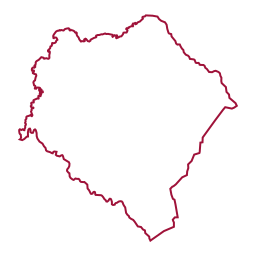 outline of Ramón Trigo, Cerro Largo, Uruguay
{"feature_id": "84410073B37357941018969", "entity_name": "Ramón Trigo", "entity_type": "district", "adm_level": 2, "iso_a3": "URY", "parent_name": "Uruguay", "parent_adm1": "Cerro Largo", "projection": "orthographic", "projection_center": [-54.703, -32.291], "detail": "fine", "context": "isolated", "style": "outline", "palette": "rose", "viewbox_px": 256, "rotation_deg": 0, "n_neighbors": 0, "source": "geoboundaries", "source_scale": "gbopen_adm2", "svg_char_len": 5524}
<svg xmlns="http://www.w3.org/2000/svg" viewBox="0 0 256 256"><path d="M150.4,240.6L163.9,231.1L173.9,226.8L173.9,222.4L173.2,221.0L172.8,219.7L174.8,217.4L177.7,217.3L175.5,204.5L174.5,199.7L172.9,198.8L171.4,194.7L170.3,188.8L172.3,186.7L173.5,186.2L175.8,184.4L182.2,177.3L186.9,175.1L187.2,171.4L188.3,168.1L188.1,164.4L191.6,161.0L194.2,154.6L199.4,153.0L199.7,152.0L200.4,142.6L202.5,142.3L202.7,137.5L215.3,120.1L223.1,109.7L225.2,107.2L231.9,108.6L234.2,107.6L236.8,105.8L235.5,103.1L229.4,97.9L229.0,94.5L226.5,91.9L225.9,87.1L221.7,83.1L221.3,81.2L221.4,77.7L220.4,75.8L219.9,73.3L218.5,72.0L215.7,70.8L214.2,71.1L212.1,72.2L209.1,72.0L206.9,69.0L205.3,67.8L204.6,65.9L203.5,65.0L200.3,64.9L199.6,64.7L199.4,63.9L198.6,62.9L196.7,63.0L195.7,62.7L194.6,59.9L193.8,59.4L189.9,58.9L189.2,56.9L188.1,55.7L185.8,54.7L183.8,52.3L183.3,49.9L182.0,48.7L180.6,46.4L179.8,44.5L178.9,44.4L177.4,44.6L176.1,43.5L175.4,41.1L171.6,36.5L171.2,34.1L169.1,33.5L168.5,32.8L167.3,28.9L166.6,24.7L165.0,22.3L161.2,20.8L159.1,19.1L157.5,16.6L152.5,15.7L145.8,15.4L144.9,16.4L142.9,16.8L142.5,17.1L142.4,17.7L142.9,18.7L140.5,20.9L140.1,21.4L137.7,22.4L136.9,23.3L136.8,23.6L136.2,24.0L135.5,24.2L135.4,24.0L135.7,23.1L135.4,22.9L135.1,22.9L134.3,23.6L133.1,23.5L132.4,24.6L132.5,25.1L132.9,25.3L133.1,26.0L132.9,26.3L131.4,26.2L128.6,27.4L128.5,28.2L126.7,28.2L126.3,28.6L126.3,29.2L126.8,29.4L127.5,30.7L126.7,32.4L126.2,32.6L124.8,32.5L123.5,32.7L122.9,34.4L121.4,36.3L119.9,36.5L118.6,37.3L116.5,38.2L116.2,38.0L116.1,37.5L116.2,37.2L116.9,37.1L117.4,36.5L117.1,35.5L116.8,35.3L115.9,35.9L115.2,35.6L114.8,35.2L114.4,35.2L113.5,36.3L112.6,36.8L112.4,36.5L112.7,36.0L112.7,35.1L112.5,34.8L108.1,33.9L106.1,34.0L105.3,33.5L105.0,33.5L102.5,34.4L101.4,34.3L99.2,35.0L97.8,35.0L96.2,35.6L96.0,36.1L96.3,36.9L96.0,37.3L94.0,37.9L90.6,39.7L90.4,40.7L89.3,41.5L87.8,41.1L86.1,39.0L85.4,38.7L84.2,39.5L84.2,39.8L84.7,40.3L84.8,40.9L84.6,41.1L83.9,41.4L81.8,41.1L81.2,41.5L80.9,41.5L79.3,39.4L78.6,37.5L77.3,36.0L76.8,34.9L76.5,33.8L76.8,33.3L76.7,32.8L76.2,32.4L75.5,32.7L74.9,32.3L74.4,31.3L72.7,30.4L71.2,30.1L70.7,29.7L70.4,29.8L70.2,30.4L69.8,30.4L69.3,29.7L69.1,28.7L68.8,28.4L68.5,28.3L67.0,28.5L65.5,28.9L64.8,29.2L63.7,30.4L63.4,30.5L61.1,30.0L60.1,30.5L59.8,30.2L59.5,30.1L58.6,30.7L57.4,30.8L56.0,31.6L53.8,34.6L53.2,36.0L53.4,37.8L53.5,38.1L53.9,38.2L54.4,37.4L56.3,37.7L56.9,38.6L57.4,39.8L56.3,40.7L55.8,42.2L55.1,42.8L53.3,43.3L52.7,43.0L52.2,43.1L51.9,44.4L51.9,45.2L51.8,45.5L51.6,45.9L50.4,46.5L50.1,48.3L48.0,50.4L48.0,51.1L48.2,51.5L48.7,51.8L49.0,51.2L49.4,51.3L49.7,51.5L49.8,52.1L49.8,52.9L49.3,55.1L49.4,57.9L48.7,58.7L48.1,58.8L46.4,58.2L44.2,58.7L43.8,58.5L43.7,57.9L43.1,57.6L41.3,57.2L38.8,59.8L36.6,61.1L36.0,61.8L35.7,62.4L35.7,63.6L35.5,64.6L35.3,65.2L34.7,65.3L34.4,65.9L34.6,66.4L35.2,66.6L35.2,67.0L34.3,67.7L33.1,67.5L32.3,68.1L32.0,68.5L31.8,69.9L32.2,70.7L33.2,70.4L33.8,70.5L34.0,70.8L33.9,71.6L33.6,72.2L33.1,72.4L32.8,72.8L32.9,73.2L34.7,74.1L35.8,74.2L36.0,74.4L36.3,75.4L36.2,76.1L35.8,76.9L35.5,77.9L35.0,80.4L34.3,80.8L33.8,81.4L33.4,82.2L33.5,82.9L34.1,85.4L35.1,85.8L35.4,86.3L35.4,87.6L34.9,87.9L34.8,88.4L34.9,88.6L36.1,88.7L36.5,87.9L37.7,87.5L39.4,87.7L39.9,87.9L40.1,88.2L40.2,88.6L39.2,89.0L39.1,89.6L39.1,90.1L39.5,90.9L40.1,90.9L40.3,90.5L40.2,90.1L40.6,89.5L41.3,89.5L41.6,90.0L41.4,90.7L41.5,91.1L41.8,91.3L42.7,91.4L42.9,92.1L42.6,92.4L41.9,92.5L41.0,91.9L40.0,92.5L39.8,93.5L40.9,93.7L41.1,93.9L41.2,94.1L40.5,96.1L40.1,96.1L39.7,95.5L39.4,95.5L38.4,96.0L38.3,97.0L38.7,98.2L38.5,98.6L37.2,98.5L33.9,100.0L33.5,100.3L33.4,100.7L33.6,101.5L33.8,101.7L33.8,102.1L33.6,102.5L31.8,102.6L31.2,103.1L31.2,103.7L31.6,104.6L31.6,105.1L30.8,106.1L31.0,106.8L32.2,107.5L33.2,107.5L33.4,107.7L33.3,108.2L32.2,108.4L31.7,108.9L31.5,109.2L31.7,110.2L31.0,111.6L32.4,115.1L32.3,115.5L31.9,116.1L31.5,116.1L31.2,115.8L31.2,115.2L30.7,114.9L29.6,115.6L26.9,116.4L26.3,117.1L26.4,118.7L25.4,120.0L25.6,121.6L25.1,122.7L25.2,123.2L25.8,123.8L25.9,124.3L25.7,125.1L25.4,125.3L25.2,125.8L25.2,127.6L24.9,128.4L24.4,129.0L24.5,129.9L24.4,130.2L23.7,130.1L22.7,129.3L21.4,130.0L19.9,129.3L19.2,130.0L19.2,131.2L19.5,133.2L20.0,134.1L20.4,134.3L20.9,135.0L20.8,135.9L21.1,137.4L20.5,138.9L19.9,139.4L22.2,140.1L24.3,139.0L26.7,136.7L28.0,136.5L27.9,132.6L28.4,129.7L29.3,128.7L30.0,128.7L30.5,130.1L30.5,132.2L31.7,132.9L32.9,132.8L34.1,129.9L35.0,129.4L35.8,130.2L36.6,133.0L36.7,136.1L37.4,138.5L39.5,141.6L42.5,143.6L44.0,146.3L45.5,147.9L46.1,150.4L47.2,151.3L50.0,152.1L51.8,153.1L52.7,153.3L53.4,151.9L54.3,151.5L56.5,151.8L55.8,154.8L56.8,155.7L59.7,156.4L61.4,155.3L62.4,155.2L63.0,156.2L63.8,159.1L68.9,162.2L69.5,163.7L69.3,166.1L68.5,167.8L67.2,169.4L67.0,170.8L68.2,172.4L69.4,173.3L69.7,176.5L70.6,178.0L72.6,179.5L73.7,179.9L75.4,178.5L77.1,178.9L78.7,178.9L79.5,179.7L80.1,181.2L81.0,181.9L83.6,182.1L84.4,182.0L87.3,184.6L87.6,188.5L89.1,190.3L90.8,193.7L91.4,193.9L92.5,193.6L93.3,192.2L93.8,191.9L94.3,191.8L95.0,192.2L95.3,194.4L95.6,194.9L101.0,195.2L102.0,195.7L103.3,197.3L104.4,199.1L105.6,200.1L106.4,201.5L107.3,201.6L108.6,200.5L109.1,199.4L109.9,198.7L110.7,198.9L111.2,199.7L111.9,201.8L111.9,204.3L113.0,205.0L114.7,204.7L115.1,203.7L115.7,203.1L117.1,202.7L118.6,201.6L120.2,201.2L121.7,201.4L122.6,202.4L123.3,204.4L124.1,205.8L125.2,207.4L126.1,212.9L127.4,214.8L128.9,216.1L129.3,217.5L131.0,218.8L133.2,219.9L134.6,221.6L137.8,226.4L141.0,227.0L143.0,229.5L144.9,230.4L145.3,233.1L149.2,236.6L149.4,238.5L150.4,240.6Z" fill="none" stroke="#9f1239" stroke-width="2"/></svg>